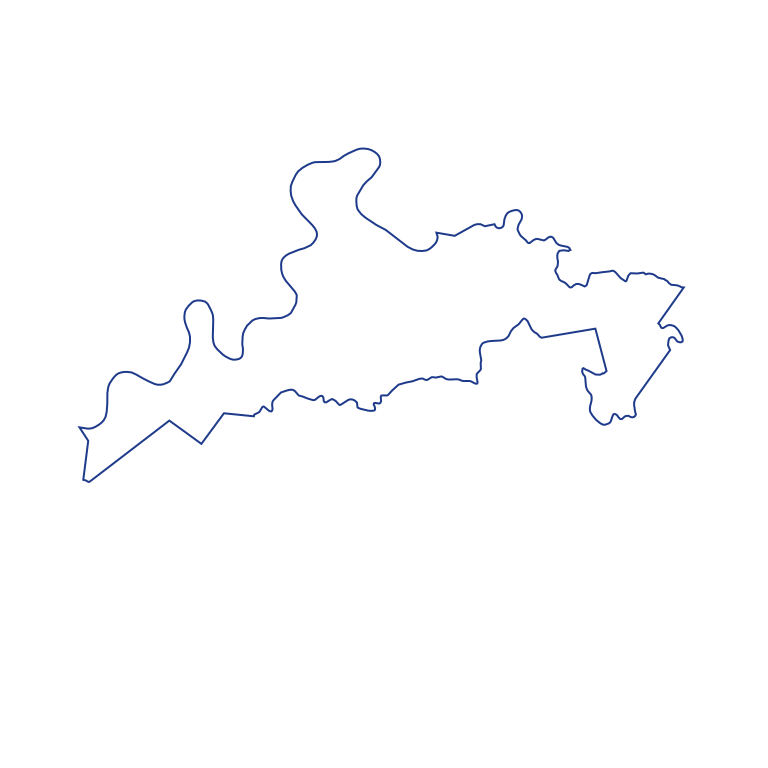 La Lima, Cortés, Honduras (Albers equal-area conic projection), rotated 217°
{"feature_id": "27666195B9619051731773", "entity_name": "La Lima", "entity_type": "district", "adm_level": 2, "iso_a3": "HND", "parent_name": "Honduras", "parent_adm1": "Cortés", "projection": "albers", "projection_center": [-87.885, 15.503], "detail": "fine", "context": "isolated", "style": "outline", "palette": "blue", "viewbox_px": 768, "rotation_deg": 217, "n_neighbors": 0, "source": "geoboundaries", "source_scale": "gbopen_adm2", "svg_char_len": 6166}
<svg xmlns="http://www.w3.org/2000/svg" viewBox="0 0 768 768"><g transform="rotate(217 384 384)"><path d="M175.9,583.3L180.5,585.9L182.9,589.9L183.6,592.1L182.8,594.1L181.2,595.4L179.5,595.6L175.6,594.5L173.3,595.1L171.7,596.2L171.2,597.5L171.7,598.7L173.1,600.1L175.6,601.8L181.2,604.1L184.7,604.8L187.2,604.9L190.1,603.8L192.0,602.5L193.0,601.0L194.6,596.9L195.5,596.0L196.7,595.9L199.3,597.3L201.4,597.5L202.7,641.5L204.8,640.2L206.3,640.1L209.3,639.2L214.3,636.1L217.4,636.1L219.7,636.7L222.3,636.3L223.1,636.5L229.0,633.9L233.9,633.8L235.3,633.5L237.3,632.6L239.3,631.3L241.0,629.1L243.2,629.2L244.2,628.8L248.1,624.8L253.8,620.8L254.1,617.6L252.5,612.4L252.6,611.7L253.1,611.3L258.7,611.0L266.7,612.6L268.6,612.5L269.7,612.0L271.8,609.5L277.2,604.4L281.5,600.0L284.7,597.9L285.4,595.9L285.1,594.4L281.6,584.8L282.4,582.7L286.9,581.7L289.0,580.9L290.7,579.5L291.8,577.0L292.2,574.6L293.0,573.4L294.3,573.0L299.2,573.8L301.2,573.7L304.7,572.9L306.5,572.9L307.6,573.2L311.3,575.5L313.3,576.2L315.3,577.4L315.9,578.5L316.3,582.4L316.9,583.6L318.8,586.6L321.0,588.5L322.9,590.8L324.0,593.1L324.1,595.9L321.0,598.9L316.6,601.4L316.5,602.2L315.8,603.2L317.9,604.2L320.1,603.9L325.9,601.1L328.4,600.3L331.4,600.4L336.6,602.5L338.1,602.5L339.3,602.1L340.2,601.3L340.8,600.3L342.0,596.2L342.7,594.9L348.6,592.3L349.8,591.4L351.2,589.0L352.5,584.3L353.3,583.6L354.3,583.4L356.9,584.1L363.9,584.6L365.8,585.3L369.7,587.3L370.7,588.3L371.9,591.0L372.4,592.4L373.2,598.3L374.7,601.2L376.2,602.5L378.3,603.4L380.6,603.6L382.3,603.1L384.2,601.5L386.4,598.8L387.9,596.1L388.3,594.4L388.1,591.8L387.0,588.1L383.9,582.6L383.8,580.9L384.5,579.1L386.0,577.5L387.9,576.8L389.8,577.0L391.9,578.1L398.4,570.7L403.1,569.7L405.7,567.8L407.6,565.4L416.7,544.9L433.2,536.4L429.8,533.9L428.7,532.0L427.9,530.0L427.6,528.0L427.7,525.6L428.2,522.1L429.0,519.1L430.6,516.0L433.9,512.9L437.7,510.4L442.2,508.7L447.8,507.8L475.4,508.1L486.0,506.4L498.1,505.7L502.2,505.8L505.0,506.1L510.0,507.5L512.6,509.4L515.7,512.8L518.0,516.0L518.9,518.6L520.2,530.5L519.6,535.9L518.3,541.8L518.5,554.4L519.0,556.4L520.3,558.7L522.5,561.1L524.9,562.8L527.9,563.6L531.0,563.7L534.8,563.2L538.3,562.0L542.3,559.6L545.1,557.1L546.8,554.8L551.4,546.5L553.4,541.9L554.9,536.9L557.0,533.0L558.7,531.0L561.9,528.0L572.7,519.6L574.6,517.1L576.9,513.1L579.2,507.6L580.5,502.3L580.4,498.0L578.9,490.3L577.5,486.0L574.7,481.9L571.5,478.6L566.9,475.5L562.3,473.4L551.8,470.0L537.2,467.8L532.8,466.7L529.4,465.0L527.3,462.9L526.2,460.7L525.6,458.1L525.5,454.5L526.0,450.8L529.4,444.4L532.7,440.1L538.3,430.9L539.6,427.6L540.2,424.8L540.2,422.5L539.7,420.3L538.3,417.8L534.7,413.3L532.0,411.0L529.4,409.3L524.9,407.4L511.4,404.3L508.7,403.3L507.0,402.3L503.2,396.5L502.4,393.9L501.1,384.6L502.2,381.0L504.7,376.5L505.9,374.9L515.1,367.2L520.4,363.9L523.1,361.7L525.9,358.4L527.3,355.5L528.5,348.1L527.9,343.6L527.1,340.0L525.6,337.1L521.8,331.4L520.4,329.7L518.2,327.7L516.3,325.1L514.9,322.9L514.1,320.8L514.1,318.8L514.8,316.9L516.5,314.8L518.8,312.8L521.1,311.8L523.4,311.2L527.5,310.6L530.6,310.5L537.6,311.3L540.9,312.1L542.7,312.8L545.4,314.7L548.8,318.2L558.7,332.1L561.4,335.3L563.0,336.7L566.3,338.7L572.5,341.7L574.6,342.1L576.6,342.1L580.4,340.5L582.6,339.0L584.4,337.3L585.7,335.5L586.4,333.5L587.1,328.9L587.1,324.4L586.3,321.6L584.3,318.1L582.6,315.9L580.1,313.6L575.9,310.7L570.6,307.7L567.4,305.0L564.2,300.8L561.7,295.9L560.2,290.3L557.9,277.4L557.5,266.3L556.7,257.2L558.1,254.2L560.3,250.7L562.4,248.6L564.9,246.9L567.2,246.0L572.6,244.7L579.9,243.4L587.8,242.4L592.6,241.3L596.4,239.1L598.8,237.2L601.1,234.8L602.6,232.4L603.5,229.6L603.8,225.4L603.5,219.7L602.8,216.7L601.5,213.9L599.4,210.2L593.1,201.7L588.8,195.0L586.6,190.2L586.0,186.3L586.3,183.2L587.1,180.2L588.7,176.2L590.3,173.3L592.3,171.2L593.8,170.0L601.1,166.1L586.0,160.6L566.5,126.5L564.2,127.5L561.2,127.9L560.4,128.5L533.4,225.6L493.8,226.3L494.2,264.3L468.5,279.9L469.1,281.2L469.1,281.7L467.2,285.4L466.7,286.8L467.3,292.4L466.8,293.4L465.9,293.7L459.8,293.4L458.3,293.8L457.5,294.3L457.3,295.4L457.9,296.9L460.8,300.0L461.9,301.8L462.4,303.1L462.5,304.6L461.2,315.2L457.2,321.0L454.9,323.5L453.0,324.6L450.6,324.7L445.3,323.5L441.2,325.1L436.4,326.4L431.0,328.4L429.6,329.7L428.2,335.0L427.5,336.3L426.5,337.1L425.5,337.2L424.3,336.7L421.7,334.0L420.4,333.7L419.1,334.6L417.3,339.2L416.2,340.9L412.6,341.4L407.7,340.5L406.7,340.6L405.9,341.8L403.0,349.7L401.7,351.5L399.7,352.7L397.1,353.2L394.4,352.9L391.2,349.5L390.3,349.4L388.0,350.0L380.6,353.2L377.9,354.9L376.1,356.7L375.7,357.4L375.8,358.0L376.4,359.1L377.8,360.3L379.9,361.4L380.4,362.5L379.8,363.5L376.2,365.4L375.7,366.2L375.6,367.0L376.0,368.5L378.8,371.7L379.2,373.0L378.3,374.0L374.8,376.6L374.2,377.5L373.6,383.7L372.0,392.2L367.4,398.3L362.9,403.3L358.8,409.5L356.5,411.6L354.0,412.1L352.3,412.8L351.6,414.0L350.0,418.1L348.4,419.3L346.7,420.1L342.7,424.6L341.2,425.0L337.8,425.3L336.1,425.9L334.2,427.1L328.6,431.7L326.3,432.9L324.2,433.3L322.5,434.1L317.5,437.9L315.9,438.5L311.5,439.2L310.0,440.1L309.9,440.8L310.5,441.9L313.9,444.9L316.0,447.8L315.4,453.2L315.7,454.4L319.4,458.9L320.6,461.5L326.3,466.8L328.1,468.9L329.3,471.4L329.8,474.5L329.7,475.8L329.3,476.9L326.9,480.3L324.0,483.1L317.2,488.8L315.4,490.8L314.2,492.9L313.6,495.0L313.4,497.4L314.4,502.5L314.3,506.6L312.4,512.8L312.2,518.9L311.8,520.3L311.1,520.8L310.2,521.0L307.3,520.7L299.3,516.6L297.1,516.1L295.2,515.9L291.9,516.3L288.1,515.5L286.0,515.8L248.5,555.4L214.1,528.3L214.8,524.9L215.1,524.4L216.0,524.0L216.2,522.8L217.1,521.4L220.7,518.9L229.1,517.6L231.5,516.9L234.2,516.7L234.6,516.1L234.6,515.6L233.1,513.0L231.1,511.7L228.5,511.1L227.2,510.3L221.7,504.1L219.2,502.1L217.1,501.1L212.3,500.1L211.2,499.4L209.7,497.8L208.2,495.5L206.0,490.3L204.9,488.4L203.6,486.8L202.0,485.6L198.3,484.2L193.0,483.0L187.5,482.8L184.4,483.4L182.6,484.9L180.7,487.9L180.4,489.1L180.4,490.5L182.3,496.4L182.5,497.7L182.2,498.5L181.2,499.1L179.7,499.4L175.1,498.2L173.8,498.4L172.8,499.5L172.2,502.8L171.3,504.3L169.6,505.7L167.1,506.1L165.5,506.9L164.6,508.0L164.2,509.5L164.5,511.3L166.9,513.1L171.6,517.7L173.3,520.1L174.4,523.6L175.9,583.3Z" fill="none" stroke="#1e3a8a" stroke-width="2"/></g></svg>